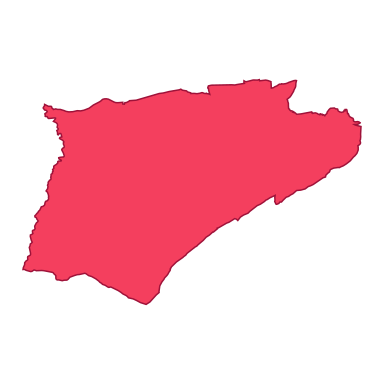 Surani, Prahova, Romania (Robinson projection)
{"feature_id": "2599482B83281748165249", "entity_name": "Surani", "entity_type": "district", "adm_level": 2, "iso_a3": "ROU", "parent_name": "Romania", "parent_adm1": "Prahova", "projection": "robinson", "projection_center": [26.167, 45.188], "detail": "fine", "context": "isolated", "style": "filled", "palette": "rose", "viewbox_px": 384, "rotation_deg": 0, "n_neighbors": 0, "source": "geoboundaries", "source_scale": "gbopen_adm2", "svg_char_len": 5838}
<svg xmlns="http://www.w3.org/2000/svg" viewBox="0 0 384 384"><path d="M146.1,304.4L149.9,302.0L156.3,294.9L159.1,292.5L159.0,291.5L159.8,285.8L162.0,281.8L164.0,279.2L164.6,277.9L166.9,275.5L168.0,274.0L168.8,272.4L170.1,270.5L170.3,269.5L170.1,269.1L170.6,268.7L170.7,268.0L171.1,267.6L171.4,266.9L176.5,261.9L182.8,257.5L183.7,256.6L185.8,255.1L186.8,253.6L187.7,252.8L195.1,247.0L196.8,246.1L197.9,244.9L198.1,244.7L203.3,240.3L206.1,237.2L209.4,235.1L212.8,232.0L213.4,232.1L216.9,229.2L217.5,228.7L217.2,228.2L219.2,227.4L226.6,223.1L228.9,222.3L234.8,218.6L236.6,219.3L237.8,220.5L240.4,217.1L243.6,215.0L248.0,213.2L249.9,211.3L257.2,205.6L260.4,204.2L264.3,201.6L266.2,199.9L267.2,199.6L269.9,197.8L275.1,195.4L274.8,197.3L275.0,200.4L274.7,201.3L274.8,201.9L275.4,202.6L275.6,203.6L276.1,204.2L276.7,204.3L278.8,203.5L279.8,202.1L281.5,202.0L282.9,200.4L286.2,197.2L288.6,196.4L290.5,195.0L293.0,193.7L296.6,190.5L300.8,190.1L305.2,188.9L308.3,186.5L310.5,185.8L313.2,184.5L323.0,177.8L325.5,177.0L325.8,175.3L327.7,173.3L329.4,172.0L329.9,170.9L330.0,170.1L330.8,169.4L333.7,168.1L338.1,167.5L339.5,167.6L340.4,167.0L343.3,165.8L346.3,163.9L350.3,160.8L353.4,157.1L354.9,155.8L356.9,153.4L358.2,150.0L358.2,147.3L357.9,145.7L359.5,144.7L360.1,144.0L360.5,143.2L360.5,142.3L360.1,141.1L360.0,140.3L360.4,139.7L360.7,136.9L360.6,134.1L361.0,126.5L355.4,125.1L354.3,124.5L355.1,124.4L355.7,124.5L358.2,124.1L360.1,123.0L360.2,122.8L358.7,121.8L358.2,121.9L357.7,121.6L355.2,121.9L353.7,121.2L353.4,120.7L353.5,119.6L353.0,118.4L350.2,117.0L349.1,115.8L348.4,113.8L347.6,113.7L347.4,112.2L347.1,111.4L347.0,110.2L346.6,109.5L345.0,109.5L344.9,109.8L345.2,110.5L345.0,110.9L344.0,110.6L343.9,111.2L343.5,111.8L341.4,112.4L339.5,111.8L338.3,111.0L337.9,110.5L337.8,109.3L337.5,109.0L335.5,108.8L334.4,108.0L330.4,108.3L329.0,109.6L327.1,112.2L326.9,113.5L325.3,114.9L325.0,115.7L324.8,115.8L323.8,114.8L323.4,114.7L322.9,115.1L322.6,115.1L322.2,114.9L322.1,114.2L321.2,114.3L320.6,113.8L320.2,113.9L320.3,114.6L319.8,114.8L319.2,114.4L318.3,114.3L317.5,113.6L315.6,112.9L313.9,113.0L312.9,113.4L312.6,112.9L312.0,113.0L311.7,111.9L301.0,113.9L296.7,114.3L295.4,113.0L293.3,112.3L293.9,112.0L292.8,111.3L291.6,110.8L290.7,110.8L289.7,109.9L289.5,109.2L288.6,108.6L288.4,105.2L288.4,103.3L287.7,101.3L287.7,100.7L287.1,99.3L289.9,97.1L291.1,95.5L293.6,91.3L293.9,90.2L295.4,87.3L295.7,86.2L295.9,83.0L296.5,80.6L295.8,80.4L294.0,80.6L288.7,82.4L287.6,83.0L285.8,83.6L283.1,84.0L281.5,83.8L281.3,84.1L279.3,84.2L276.7,86.0L274.9,86.7L273.6,87.6L271.7,88.1L271.3,88.1L271.1,83.4L270.9,82.0L271.0,81.8L270.6,81.5L267.8,80.5L265.7,80.1L259.6,80.8L259.3,79.6L257.5,80.1L253.2,80.0L246.4,81.7L245.3,81.6L244.0,80.8L243.9,82.9L244.3,83.4L236.6,84.6L235.0,85.0L231.6,84.8L211.3,85.2L208.4,85.9L207.8,87.5L207.9,88.2L208.4,88.4L208.7,90.5L209.8,94.4L208.0,93.7L207.0,93.7L206.4,93.2L205.7,93.5L204.1,93.4L202.7,92.7L201.4,92.7L200.1,93.2L197.0,93.7L194.2,93.4L190.9,93.5L190.9,93.0L190.7,92.8L187.5,91.9L186.6,90.9L182.4,90.2L181.3,89.4L180.5,89.2L179.9,89.6L178.8,89.9L169.3,91.5L163.2,93.0L159.2,93.5L136.2,100.2L129.4,100.7L128.8,101.4L126.2,102.6L124.9,102.6L124.4,104.2L122.8,104.0L122.8,102.3L117.8,102.7L115.7,102.6L114.0,102.0L108.5,99.2L106.4,98.8L104.2,98.9L102.5,99.4L100.9,100.9L99.6,101.8L93.4,105.0L89.1,108.2L84.0,110.2L80.6,110.9L77.2,110.7L72.7,111.7L68.8,111.9L65.8,111.3L64.2,110.6L60.2,109.4L57.5,109.4L55.7,108.9L53.4,109.5L53.2,109.0L52.1,108.1L51.8,107.8L51.6,106.7L51.1,106.3L48.4,106.3L44.6,104.4L44.5,105.8L43.3,107.5L43.2,108.1L44.6,110.0L46.5,110.5L47.2,111.5L46.6,112.5L44.9,113.7L44.9,114.2L45.3,114.8L45.1,116.2L45.5,116.5L47.1,116.6L48.1,118.2L48.7,118.5L54.7,117.9L55.5,118.1L55.5,118.8L53.4,121.4L56.0,122.6L57.2,123.7L57.6,125.1L57.1,127.2L57.2,127.5L58.2,128.6L58.3,128.9L58.0,129.7L56.8,130.5L57.5,132.4L57.6,134.5L58.2,134.9L59.3,133.6L60.7,133.5L61.1,134.1L61.8,136.9L60.0,137.4L59.5,138.2L59.8,138.7L62.7,140.3L63.7,141.6L63.8,142.0L63.3,143.0L63.5,143.5L63.4,144.1L64.2,145.9L64.2,146.9L64.0,147.5L63.0,148.0L62.2,148.8L61.8,149.4L61.8,150.0L63.3,152.9L64.2,155.7L64.2,156.2L63.7,156.9L60.2,157.3L58.7,157.7L58.7,158.1L59.0,158.9L61.1,160.1L61.3,160.3L61.3,160.7L61.0,161.0L58.5,161.1L58.1,161.3L57.8,161.6L57.8,163.0L57.1,163.5L56.7,164.2L54.3,165.7L53.8,166.2L53.7,167.3L53.9,168.1L52.6,169.6L53.2,171.0L52.4,172.0L52.5,173.2L52.3,173.6L51.3,174.1L51.0,174.7L51.1,176.1L50.7,177.2L51.0,178.0L50.9,179.1L50.7,179.6L49.5,180.3L49.1,181.0L48.4,181.8L48.1,182.7L48.2,183.9L47.5,185.2L48.0,186.5L47.6,188.7L46.1,190.9L46.2,191.2L47.4,192.1L48.2,194.2L48.7,196.3L48.4,197.1L48.6,197.7L48.5,199.4L46.9,201.0L46.1,201.1L45.5,201.5L45.5,201.9L45.0,202.8L44.7,204.7L44.2,205.5L42.8,206.4L41.3,206.8L39.8,210.1L38.4,211.4L37.9,212.6L37.0,213.3L35.7,215.0L34.9,215.7L34.9,216.9L36.4,217.8L36.9,219.2L38.1,220.8L38.1,221.1L37.5,222.0L36.4,222.9L34.8,225.9L34.7,226.7L35.1,228.7L34.1,230.0L33.1,230.2L32.4,230.9L32.5,232.3L32.9,233.5L32.4,234.0L30.4,235.0L30.3,236.6L31.3,240.3L32.2,242.2L31.4,243.2L30.3,244.0L30.1,245.6L29.3,247.4L30.5,252.9L30.6,254.3L30.3,255.1L27.8,256.6L27.6,257.6L27.8,259.5L27.4,260.1L26.1,260.9L24.7,262.7L24.6,264.7L23.3,267.7L23.0,269.5L23.9,269.4L25.2,269.7L25.5,270.0L26.4,270.4L30.7,271.6L31.9,271.4L33.8,270.1L34.2,270.0L36.4,270.7L41.7,270.5L43.9,270.7L52.2,272.3L53.2,272.7L54.2,274.1L55.4,275.1L55.8,275.6L55.9,278.4L56.4,279.5L57.2,279.9L58.7,279.9L62.2,280.7L64.2,280.2L66.9,280.1L68.0,279.4L69.9,277.2L74.5,275.5L77.1,274.7L79.4,274.5L84.8,273.3L86.0,273.7L88.6,275.6L91.6,276.5L95.6,278.7L98.7,281.0L100.0,282.4L101.7,283.4L102.4,284.3L105.2,285.3L107.8,287.0L108.9,287.4L110.6,287.0L111.3,287.2L118.1,290.5L120.9,292.3L123.0,294.0L126.1,295.5L127.5,296.6L128.4,297.8L133.2,298.9L136.4,300.4L140.5,302.6L146.1,304.4Z" fill="#f43f5e" stroke="#9f1239" stroke-width="1.5"/></svg>